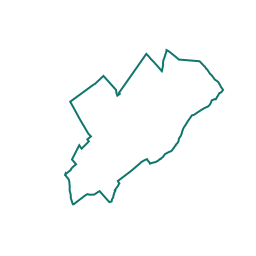 the district of San Salvador Huixcolotla, Puebla, Mexico, rotated 30°
{"feature_id": "50627088B91886188912905", "entity_name": "San Salvador Huixcolotla", "entity_type": "district", "adm_level": 2, "iso_a3": "MEX", "parent_name": "Mexico", "parent_adm1": "Puebla", "projection": "natural_earth1", "projection_center": [-97.766, 18.923], "detail": "fine", "context": "isolated", "style": "outline", "palette": "teal", "viewbox_px": 256, "rotation_deg": 30, "n_neighbors": 0, "source": "geoboundaries", "source_scale": "gbopen_adm2", "svg_char_len": 3014}
<svg xmlns="http://www.w3.org/2000/svg" viewBox="0 0 256 256"><g transform="rotate(30 128 128)"><path d="M96.7,198.7L97.0,200.2L97.3,200.2L102.1,202.1L102.5,202.3L104.1,203.9L105.2,205.6L105.6,206.1L106.5,207.4L107.8,209.7L108.3,210.6L108.8,211.4L110.1,212.7L111.2,213.9L111.9,214.6L112.3,215.2L112.9,216.4L113.6,217.3L114.0,217.8L114.9,218.5L116.0,219.5L117.6,221.0L118.3,221.5L118.6,221.6L119.1,221.1L124.6,207.9L126.0,205.5L127.3,205.2L128.4,204.8L132.1,202.5L134.0,198.5L134.8,197.3L134.9,197.1L135.0,196.9L145.5,200.4L148.3,201.3L148.8,201.5L149.5,201.1L150.5,199.7L150.3,199.4L149.8,197.8L149.9,195.4L149.7,195.0L149.2,193.9L149.2,193.7L148.5,190.9L148.4,188.6L147.7,188.4L147.9,186.0L148.3,183.2L148.1,181.6L148.1,181.1L148.2,180.3L147.0,179.8L145.7,179.0L152.1,163.8L155.9,153.1L156.5,150.9L158.7,147.2L160.0,145.5L162.4,146.7L163.6,146.9L164.8,147.9L165.9,146.6L167.1,145.4L168.1,144.4L169.0,143.7L169.4,143.0L169.8,142.2L170.2,141.6L170.6,141.0L170.7,140.4L170.8,139.7L171.2,139.0L171.4,139.0L171.7,138.8L171.9,138.1L171.9,137.6L172.0,137.3L172.8,135.6L172.9,133.6L173.2,131.8L173.9,130.8L174.5,130.0L174.9,129.1L175.3,128.5L176.0,127.7L176.3,127.2L176.8,126.7L177.2,125.7L177.4,124.1L177.5,123.1L177.7,121.6L177.7,120.4L178.0,119.7L178.0,119.1L177.8,118.6L178.0,117.6L178.3,116.5L178.4,115.7L178.3,114.3L178.1,113.4L177.8,112.7L177.4,111.7L177.5,110.5L177.5,109.3L177.7,108.1L177.5,107.4L177.3,106.5L177.3,105.7L177.1,105.3L176.8,104.4L176.6,103.4L176.5,102.5L176.2,101.6L176.1,99.0L176.3,97.8L176.3,96.4L176.4,92.7L176.5,91.0L176.7,89.4L176.8,88.4L176.8,88.1L177.0,85.1L178.5,83.7L179.9,80.8L182.5,75.6L183.8,73.3L184.3,72.4L185.1,71.3L186.0,70.2L186.7,69.0L187.0,67.9L187.2,67.0L187.2,65.6L187.0,64.3L186.9,63.5L186.8,62.4L186.9,61.7L187.5,61.2L187.9,60.8L188.2,60.3L188.5,59.7L188.8,59.5L189.3,59.5L189.7,59.2L189.7,57.5L189.6,56.8L189.6,56.1L189.7,55.7L189.7,53.8L189.7,52.8L189.7,52.0L190.1,51.6L190.5,51.3L190.7,50.7L191.0,49.7L191.2,48.9L191.2,47.7L191.2,47.4L189.9,46.8L187.6,45.8L186.8,45.1L183.1,43.0L179.0,42.6L178.6,42.5L176.5,41.5L174.2,40.5L172.1,40.1L167.0,37.6L166.1,37.6L164.5,36.7L156.6,34.4L137.8,43.3L136.2,43.0L135.5,42.8L129.9,41.9L127.1,41.5L125.0,41.2L122.5,41.3L122.8,41.8L123.0,42.9L123.4,44.4L123.8,46.5L124.1,47.6L124.7,51.1L125.0,52.4L125.5,53.5L126.0,54.4L126.2,54.8L126.8,55.8L127.2,56.6L127.6,57.9L128.1,59.4L128.4,60.3L128.8,61.4L128.9,61.9L122.2,59.5L119.5,58.7L118.0,58.1L113.6,56.9L109.8,55.5L106.8,54.7L105.2,73.2L102.6,102.2L103.8,102.5L102.9,104.7L102.6,105.3L100.5,103.5L98.6,101.0L96.7,100.4L96.2,100.2L80.7,95.2L77.3,106.5L76.6,107.4L69.5,123.5L64.8,134.1L73.6,139.4L81.9,144.5L96.6,152.8L100.1,153.8L98.5,158.2L99.7,158.8L100.8,159.2L98.2,169.1L97.9,169.0L97.0,168.6L94.4,167.3L94.4,167.9L94.6,171.0L94.6,172.0L94.8,174.7L95.1,181.0L95.2,183.2L95.5,183.4L96.6,183.7L97.3,184.0L100.4,185.1L101.2,185.4L100.2,188.1L99.6,189.7L99.2,191.9L99.4,193.1L98.7,194.8L98.0,196.6L97.6,197.7L97.2,199.0L96.7,198.7Z" fill="none" stroke="#0f766e" stroke-width="2"/></g></svg>